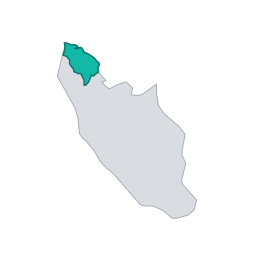 location of Saint Thomas within Jamaica, rotated 219°
{"feature_id": "JAM-1383", "entity_name": "Saint Thomas", "entity_type": "Parish", "adm_level": 1, "iso_a3": "JAM", "parent_name": "Jamaica", "parent_adm1": "", "projection": "equal_earth", "projection_center": [-76.493, 17.967], "detail": "fine", "context": "in_parent", "style": "filled", "palette": "teal", "viewbox_px": 256, "rotation_deg": 219, "n_neighbors": 0, "source": "natural_earth", "source_scale": "10m", "svg_char_len": 1918}
<svg xmlns="http://www.w3.org/2000/svg" viewBox="0 0 256 256"><g transform="rotate(219 128 128)"><path d="M128.2,84.4L139.9,89.0L151.9,91.4L157.1,91.6L162.0,93.0L173.0,104.1L181.8,110.2L215.4,123.7L226.6,147.0L228.7,154.3L220.1,158.7L209.1,160.2L198.7,160.4L189.0,156.0L184.8,152.5L174.8,150.9L177.3,147.7L172.8,146.3L167.2,146.6L163.1,155.6L158.5,162.7L149.7,162.0L146.3,155.9L141.7,158.6L138.0,163.1L133.5,179.9L126.3,171.6L118.5,164.6L108.7,161.7L88.9,161.3L79.6,159.0L71.9,144.8L68.8,140.8L61.0,137.1L53.3,120.9L50.5,118.6L29.4,115.2L25.1,106.3L26.4,98.3L33.5,88.4L36.9,85.6L48.6,86.0L59.7,83.1L64.6,78.9L69.8,76.1L110.1,83.2L119.4,83.3L128.2,84.4Z" fill="#d9dde1" stroke="#a8b0b8" stroke-width="1"/><path d="M224.3,143.7L225.1,146.1L226.5,149.1L228.3,151.6L230.9,154.1L229.9,155.1L225.0,156.7L221.5,159.2L219.5,159.9L217.8,159.4L218.4,158.7L218.7,158.3L219.1,156.7L217.4,157.5L215.8,160.5L214.2,161.1L212.7,160.6L210.9,159.6L209.2,159.0L206.3,160.4L198.8,161.2L193.5,160.2L192.7,160.2L192.0,160.4L191.2,160.2L190.2,159.4L189.8,158.2L189.6,156.7L189.3,155.4L188.5,154.9L187.8,154.6L187.3,153.9L186.8,153.0L186.2,152.3L186.6,151.1L187.2,150.2L187.3,149.8L187.3,149.2L187.3,148.0L187.4,147.3L187.8,146.5L188.2,146.2L188.5,146.1L189.5,146.2L189.8,146.2L189.9,145.9L189.9,145.5L189.6,144.8L188.9,143.5L188.7,143.1L188.2,140.7L188.0,140.1L187.7,139.4L187.6,138.6L187.6,136.6L187.8,135.6L187.9,134.8L188.8,133.7L190.6,135.3L191.3,136.6L191.5,136.8L191.7,137.0L192.3,137.6L193.1,138.0L197.6,139.9L198.3,140.4L198.6,140.4L199.1,140.4L199.8,140.0L200.2,139.7L200.6,139.2L200.8,139.0L201.1,138.8L201.5,138.7L202.8,138.7L203.3,138.7L203.6,138.5L204.3,138.1L204.8,137.8L205.1,137.8L205.6,138.0L207.7,139.6L210.9,140.2L213.7,141.3L214.2,141.5L214.4,141.7L214.5,142.0L215.2,143.1L215.4,143.5L215.8,143.9L217.1,144.3L220.6,144.9L221.6,144.8L224.3,143.7L224.3,143.7Z" fill="#14b8a6" stroke="#0f766e" stroke-width="1.5"/></g></svg>